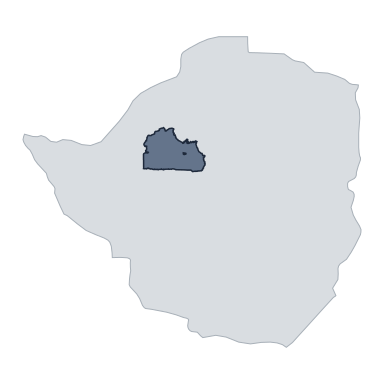 Gokwe South, Midlands, Zimbabwe (highlighted)
{"feature_id": "62879985B62286453442238", "entity_name": "Gokwe South", "entity_type": "district", "adm_level": 2, "iso_a3": "ZWE", "parent_name": "Zimbabwe", "parent_adm1": "Midlands", "projection": "mercator", "projection_center": [28.824, -18.131], "detail": "fine", "context": "in_parent", "style": "filled", "palette": "slate", "viewbox_px": 384, "rotation_deg": 0, "n_neighbors": 0, "source": "geoboundaries", "source_scale": "gbopen_adm2", "svg_char_len": 7710}
<svg xmlns="http://www.w3.org/2000/svg" viewBox="0 0 384 384"><path d="M286.3,347.3L282.4,344.6L277.0,342.9L270.2,342.1L261.3,342.4L250.4,343.9L238.7,342.1L226.2,337.1L215.8,335.3L203.4,337.5L202.8,337.6L200.7,335.9L197.3,332.2L191.6,331.5L190.1,330.7L188.8,329.3L188.0,327.6L187.7,325.7L188.6,319.6L188.1,319.0L186.6,318.2L183.5,317.5L176.0,314.8L166.7,312.2L151.5,309.3L145.6,308.5L144.2,307.6L142.5,305.4L139.6,298.5L136.8,294.0L130.3,287.0L129.2,284.8L129.5,279.2L130.0,274.8L130.7,270.9L130.4,267.4L130.3,263.0L130.5,260.0L129.6,258.7L127.3,257.8L120.5,257.4L112.3,257.6L112.1,253.1L111.3,246.2L109.8,242.2L107.9,240.1L104.1,238.0L96.5,235.0L86.2,230.5L77.3,223.8L67.2,215.6L64.0,214.1L60.3,206.4L54.6,193.1L55.0,188.7L54.1,186.6L48.6,180.1L47.3,176.7L46.4,173.3L37.6,163.8L34.6,159.7L32.3,154.3L30.0,150.1L28.1,148.4L25.6,145.5L23.8,142.2L23.0,139.7L23.7,136.4L24.5,134.2L32.9,136.5L37.5,136.7L41.1,135.6L45.5,137.1L50.8,141.4L56.6,142.2L62.8,139.6L71.2,140.4L81.8,144.6L90.6,145.5L101.1,141.7L110.4,131.2L119.2,121.3L127.8,110.0L133.0,100.8L140.6,93.4L150.7,87.6L160.9,82.8L176.6,76.8L179.7,72.0L180.8,66.6L180.8,59.2L181.6,54.4L183.2,52.2L185.8,50.5L189.2,48.3L199.5,42.7L208.1,39.1L218.7,36.7L230.2,36.7L241.3,36.7L247.6,36.7L247.7,43.8L248.2,51.8L249.4,52.6L257.8,52.8L271.2,53.3L284.1,53.9L292.3,59.7L295.1,60.9L303.7,62.5L314.6,72.2L327.8,73.1L336.9,76.1L344.9,79.5L349.5,83.4L352.4,84.4L356.5,84.7L358.4,85.0L358.0,87.9L355.3,92.8L355.6,99.8L359.3,109.5L359.8,118.0L358.7,132.9L358.7,147.4L359.1,152.6L359.7,156.0L360.5,157.9L360.4,160.0L358.2,166.1L356.4,172.5L356.3,175.1L355.7,176.9L354.3,178.5L348.6,181.5L347.6,183.3L347.6,186.7L348.4,189.5L350.5,190.5L353.1,192.1L354.1,194.2L354.2,196.4L353.3,200.5L351.0,207.3L353.3,215.1L355.9,220.1L359.5,226.0L361.0,229.6L360.9,232.2L360.4,234.7L355.0,245.5L351.2,252.2L346.5,259.3L340.2,263.8L338.6,266.0L338.0,268.5L338.2,273.8L337.9,279.5L332.6,288.2L335.9,295.6L335.2,296.3L333.4,297.4L325.7,305.8L318.0,314.3L312.3,320.6L305.9,327.7L298.6,335.7L292.5,342.5L286.3,347.3Z" fill="#d9dde1" stroke="#a8b0b8" stroke-width="1"/><path d="M143.5,154.4L143.5,159.5L143.6,160.2L143.6,166.4L143.7,167.3L143.6,167.9L143.5,168.6L143.9,168.7L144.2,168.7L144.9,168.8L145.4,168.6L145.7,168.7L146.1,168.6L146.3,168.7L146.4,168.8L146.7,168.9L147.3,168.3L147.7,168.4L147.9,168.2L148.3,168.4L148.4,168.2L148.6,168.3L148.8,168.5L149.4,168.5L149.7,168.7L150.2,169.1L150.7,168.8L151.3,168.8L152.1,169.2L152.6,169.1L153.2,169.5L153.8,169.4L154.1,169.5L154.2,169.4L154.3,169.5L154.8,169.2L155.4,169.5L155.8,169.4L156.1,169.5L156.3,169.4L156.6,169.5L157.2,169.3L157.9,169.7L158.0,169.5L158.5,169.6L158.8,169.4L159.5,169.4L160.0,169.4L160.5,169.4L160.7,169.2L161.2,169.2L161.3,169.1L161.4,169.3L162.2,169.5L162.6,169.4L162.8,169.5L163.2,169.3L163.5,169.6L163.6,169.4L164.1,169.5L164.2,169.3L164.6,169.4L164.8,169.3L165.2,169.3L165.7,169.2L167.5,169.2L168.2,169.1L168.4,169.0L168.5,169.2L168.8,169.3L169.1,169.2L169.4,169.3L170.0,169.2L170.4,169.2L170.7,169.1L171.0,169.1L171.6,169.3L171.8,169.2L172.1,168.9L173.1,168.8L173.6,169.0L174.5,169.1L175.8,169.7L176.2,169.7L184.4,169.9L187.4,170.1L190.9,170.1L192.6,171.6L195.3,171.2L195.8,171.4L196.0,171.3L196.5,171.3L196.9,171.2L197.1,171.3L197.8,171.0L198.0,171.1L198.5,170.9L199.1,171.0L199.4,171.0L200.1,170.8L200.7,170.8L201.0,170.9L201.4,170.8L201.6,170.6L202.0,170.4L202.0,170.0L202.2,169.9L202.4,170.0L202.5,169.9L202.6,169.1L203.0,168.8L203.0,168.3L203.2,168.1L203.3,168.1L203.5,168.0L203.5,167.8L203.4,167.6L203.5,167.1L203.7,166.8L204.0,166.3L204.2,166.1L204.4,165.5L204.7,165.3L204.7,165.2L205.0,164.9L204.9,164.7L205.0,164.0L204.7,163.7L205.0,163.4L204.8,163.1L204.9,162.8L204.6,162.4L204.8,162.0L204.5,161.9L204.1,161.2L204.0,160.7L203.8,160.6L203.9,160.2L203.5,159.7L203.7,159.3L203.7,159.0L203.5,158.7L203.6,158.1L203.5,157.7L203.9,157.6L204.0,157.3L204.2,157.2L204.4,157.0L204.5,156.9L204.3,156.6L204.5,156.5L204.5,156.3L204.8,156.2L204.9,155.9L204.0,155.3L203.3,155.5L202.9,155.6L202.7,155.5L202.4,154.5L202.1,153.9L202.1,153.5L201.1,153.3L200.8,153.2L200.2,152.5L198.8,151.6L198.4,150.5L198.2,150.3L197.9,149.4L197.9,149.0L197.6,148.6L197.6,148.1L197.3,147.8L196.9,147.6L196.7,146.7L196.3,145.4L196.2,145.0L195.9,144.3L196.0,143.5L196.4,143.2L196.2,142.3L196.6,142.0L196.8,141.9L196.9,141.6L196.6,141.5L196.5,141.3L196.2,141.3L196.3,141.5L196.2,141.6L196.0,141.4L195.9,141.9L195.5,141.9L195.1,141.4L195.0,141.5L194.9,141.5L194.7,141.5L194.4,141.7L194.5,141.7L194.5,141.9L194.3,141.8L194.3,142.1L194.1,142.1L194.1,141.8L193.9,141.8L194.0,141.9L194.0,142.0L193.7,141.9L193.6,142.2L193.7,142.4L193.5,142.5L193.3,142.4L193.3,142.0L193.2,142.0L193.2,141.8L193.4,141.9L193.4,141.7L193.1,141.8L193.1,142.3L192.9,141.9L192.5,141.9L192.4,142.0L192.5,142.1L192.3,142.0L192.3,141.8L192.2,141.8L192.0,142.2L191.7,142.6L191.4,142.4L191.4,142.2L191.5,142.2L191.2,142.1L191.0,142.3L190.8,142.3L190.7,142.2L190.7,142.4L190.4,142.4L190.4,142.2L190.2,142.3L190.2,142.5L189.9,142.7L189.8,142.9L189.6,142.8L189.4,143.1L189.2,143.2L188.9,143.3L188.8,143.2L188.6,143.4L188.3,143.4L188.3,143.2L188.2,143.2L187.6,143.3L187.4,143.2L187.7,143.1L188.0,142.9L188.4,142.6L188.5,142.4L188.2,142.4L188.4,141.9L188.2,141.8L187.8,141.9L187.5,141.9L187.2,142.3L187.1,142.6L186.9,142.3L186.7,142.4L187.1,141.9L186.6,141.8L186.6,141.7L186.9,141.6L187.2,141.6L187.3,141.5L187.1,141.3L187.0,140.9L187.6,141.1L187.8,141.0L187.6,140.6L186.9,140.3L186.8,139.9L187.1,139.7L187.5,139.9L187.7,139.7L187.5,139.4L186.9,139.6L186.7,139.4L186.3,139.7L186.1,140.2L186.2,140.4L186.0,140.7L185.6,140.8L185.8,141.2L185.6,141.2L185.6,141.4L185.5,141.7L185.5,141.4L185.3,141.2L185.2,141.5L184.9,141.6L185.0,141.7L184.8,141.6L184.7,141.7L184.9,142.1L184.6,141.8L184.5,142.0L184.4,142.1L184.3,141.9L184.4,141.6L184.2,141.5L184.0,141.9L183.8,142.0L184.2,142.1L184.2,142.4L183.9,142.6L183.9,142.8L183.4,142.8L183.3,143.2L183.0,143.3L182.8,143.3L182.4,142.7L181.8,142.2L180.7,141.7L180.4,141.5L179.9,141.2L179.7,141.0L179.0,140.8L178.7,140.6L178.1,140.4L177.9,140.0L177.9,139.8L177.7,139.5L176.9,139.1L176.4,138.7L176.2,138.2L175.9,138.0L175.8,137.6L175.9,137.4L175.6,137.1L175.7,136.9L175.7,136.7L175.3,135.6L175.0,135.3L175.0,135.1L174.3,135.3L174.0,135.0L174.0,134.7L173.8,134.6L173.7,134.2L174.0,134.0L174.2,133.4L173.9,133.0L173.7,133.1L173.5,132.7L173.2,132.6L173.1,131.9L173.2,131.6L173.1,131.3L173.2,131.2L173.0,130.7L173.6,129.7L173.7,129.4L173.4,129.4L173.4,129.2L173.4,128.7L172.4,128.4L172.0,128.2L169.2,128.6L168.3,129.4L167.3,129.9L167.1,130.2L166.9,130.3L166.3,130.9L165.3,131.0L165.2,130.8L165.2,130.5L165.4,130.1L165.0,129.9L164.8,129.7L164.5,128.9L164.6,128.7L163.5,127.6L162.4,128.2L161.2,128.2L160.8,128.5L159.9,128.9L159.7,128.9L159.3,129.1L159.2,129.7L159.3,130.4L159.1,130.6L158.7,130.6L158.3,130.8L158.2,131.0L157.2,131.1L156.8,131.4L155.4,131.4L154.9,132.0L154.6,133.0L154.6,133.8L154.4,134.0L153.7,134.1L153.1,134.5L152.1,134.7L151.6,135.1L151.5,135.4L151.2,135.5L150.7,135.6L150.3,135.5L149.7,135.6L149.4,135.4L149.0,135.3L148.3,135.4L147.7,136.1L147.3,137.1L147.1,137.3L147.1,137.6L146.9,137.8L147.0,138.6L146.8,139.0L146.6,139.5L146.4,140.3L146.5,140.7L145.7,140.9L145.4,141.8L144.6,142.8L144.1,143.6L143.9,144.4L144.3,145.5L144.7,145.8L144.9,146.4L145.2,146.5L145.8,146.0L146.7,146.3L146.5,146.9L146.6,147.9L146.7,148.4L146.6,148.6L146.6,149.9L145.7,150.4L145.6,150.9L145.9,151.3L145.8,151.8L148.0,152.1L148.3,152.3L147.8,153.0L147.5,153.0L146.2,152.8L144.8,153.0L143.7,153.8L143.5,154.4ZM183.3,154.0L183.3,152.8L183.7,152.9L184.4,153.2L184.5,153.0L185.5,153.2L185.4,153.5L185.7,153.5L186.0,153.7L186.0,153.9L185.6,154.2L185.3,154.1L184.5,154.5L184.0,154.5L183.7,154.4L183.3,154.0Z" fill="#64748b" stroke="#1e293b" stroke-width="1.5"/></svg>